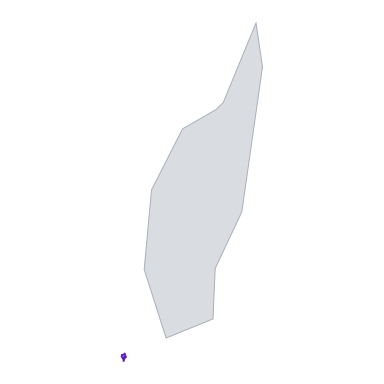 location of Ikelau, Palau
{"feature_id": "81905179B16358514797122", "entity_name": "Ikelau", "entity_type": "district", "adm_level": 2, "iso_a3": "PLW", "parent_name": "Palau", "parent_adm1": "", "projection": "natural_earth1", "projection_center": [134.481, 7.339], "detail": "fine", "context": "in_parent", "style": "filled", "palette": "violet", "viewbox_px": 384, "rotation_deg": 0, "n_neighbors": 0, "source": "geoboundaries", "source_scale": "gbopen_adm2", "svg_char_len": 1482}
<svg xmlns="http://www.w3.org/2000/svg" viewBox="0 0 384 384"><path d="M213.0,318.9L166.1,338.0L144.2,269.5L151.5,190.0L182.5,128.9L216.3,109.4L223.3,102.4L256.0,23.0L262.5,66.8L241.8,212.0L215.2,268.4L213.0,318.9Z" fill="#d9dde1" stroke="#a8b0b8" stroke-width="1"/><path d="M123.5,360.9L123.5,361.0L123.7,360.9L123.8,360.7L124.0,360.7L124.2,359.9L124.2,359.7L124.2,359.3L124.1,359.1L124.1,358.9L123.9,358.8L123.7,358.7L124.0,358.5L124.2,358.8L124.3,358.9L124.5,358.8L124.7,358.7L124.8,358.6L124.8,358.3L124.8,358.2L124.7,358.0L124.5,357.8L124.3,357.7L124.1,357.5L123.8,357.4L124.2,357.3L124.4,357.3L124.8,356.9L125.0,356.8L125.1,357.0L125.3,357.1L125.6,357.0L125.5,356.1L125.3,355.2L125.1,354.5L125.0,353.7L124.8,353.4L124.7,353.4L124.5,353.7L124.3,353.9L124.0,354.1L123.7,354.3L123.2,354.6L122.9,354.7L122.6,354.7L122.0,354.6L121.8,354.6L121.7,355.1L121.6,355.6L121.5,356.4L121.5,356.6L121.5,356.8L122.0,357.3L123.2,359.4L123.5,360.8L123.5,360.9ZM124.6,357.4L124.6,357.5L124.7,357.9L124.9,357.9L125.1,357.8L125.3,357.7L125.2,357.5L125.2,357.4L124.9,357.4L124.6,357.4L124.6,357.4ZM126.0,357.2L125.9,357.0L125.7,357.2L125.6,357.3L125.4,357.5L125.5,357.6L125.7,357.4L125.8,357.4L126.0,357.2L126.0,357.2ZM124.2,357.5L124.3,357.6L124.3,357.4L124.2,357.4L124.2,357.5ZM124.7,357.2L124.8,357.2L124.7,357.1L124.7,357.2ZM125.4,357.3L125.5,357.4L125.6,357.2L125.4,357.3L125.4,357.3ZM124.9,357.2L124.8,357.3L124.9,357.2L124.9,357.2Z" fill="#8b5cf6" stroke="#5b21b6" stroke-width="1.5"/></svg>